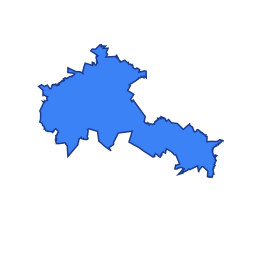 the district of Santiago Papasquiaro, Durango, Mexico, rotated 214°
{"feature_id": "50627088B53299694063482", "entity_name": "Santiago Papasquiaro", "entity_type": "district", "adm_level": 2, "iso_a3": "MEX", "parent_name": "Mexico", "parent_adm1": "Durango", "projection": "orthographic", "projection_center": [-106.236, 25.023], "detail": "fine", "context": "isolated", "style": "filled", "palette": "blue", "viewbox_px": 256, "rotation_deg": 214, "n_neighbors": 0, "source": "geoboundaries", "source_scale": "gbopen_adm2", "svg_char_len": 5890}
<svg xmlns="http://www.w3.org/2000/svg" viewBox="0 0 256 256"><g transform="rotate(214 128 128)"><path d="M79.2,165.8L81.3,157.8L89.7,159.3L94.8,156.6L99.2,157.7L99.8,155.1L100.8,155.2L101.5,155.7L101.7,156.2L102.0,156.3L102.1,156.1L102.5,156.0L102.8,156.6L103.2,156.5L103.4,156.2L104.0,156.5L104.4,155.8L105.4,156.2L105.6,155.9L105.8,155.9L105.5,155.7L105.6,155.3L105.4,154.7L105.8,154.4L106.4,154.4L107.0,154.9L107.0,154.5L106.6,154.0L107.5,153.9L107.8,153.6L107.6,152.4L108.6,152.5L107.9,151.2L108.1,150.5L108.6,150.3L108.5,149.6L108.8,149.3L108.6,149.0L109.1,148.1L108.6,147.6L108.7,147.0L108.4,145.8L109.1,145.7L109.6,144.7L110.7,144.5L111.2,144.0L111.9,143.8L112.6,142.8L112.5,142.6L112.9,142.8L112.9,143.2L113.8,142.9L113.9,143.2L114.4,142.4L115.1,142.9L115.1,142.4L115.3,142.1L116.4,141.7L117.5,142.2L118.1,142.2L120.1,147.1L139.4,154.1L139.4,152.1L141.9,153.2L142.0,159.1L149.4,158.9L149.7,164.4L151.1,164.5L147.7,172.1L147.7,172.8L147.2,173.5L147.2,174.1L146.9,174.3L147.0,175.5L146.1,176.0L145.9,177.0L144.9,177.7L145.7,177.6L145.7,178.1L145.2,178.3L142.8,178.5L143.5,179.8L142.0,180.1L141.0,179.9L144.8,185.2L146.4,184.5L150.2,180.4L151.1,183.0L154.3,182.6L154.7,181.2L156.1,180.7L158.1,181.3L158.1,181.6L159.1,182.5L160.0,182.9L160.3,182.0L161.5,182.4L162.7,181.3L164.4,182.5L164.8,181.8L168.5,182.4L171.2,178.3L171.8,178.5L172.1,179.2L173.5,179.4L178.7,182.3L176.5,180.0L178.4,180.3L186.0,174.5L186.1,177.6L188.3,178.4L189.1,183.0L193.0,180.2L192.6,183.1L193.4,182.3L193.8,182.5L194.0,181.5L195.0,181.3L195.0,180.7L195.6,180.3L195.8,180.4L195.5,181.7L196.3,181.5L196.8,182.1L197.2,181.8L196.8,181.5L197.7,181.2L199.0,175.0L201.8,173.5L202.0,171.1L194.6,171.2L194.5,170.3L193.3,170.9L193.4,170.2L194.0,169.5L193.9,168.6L193.5,168.1L192.7,167.6L192.4,167.2L191.9,167.1L191.6,165.9L190.9,165.9L190.4,165.7L190.5,165.3L190.4,164.6L190.0,164.6L190.3,164.3L189.9,163.6L190.0,163.1L189.7,162.4L190.5,162.2L192.0,162.4L192.7,163.0L194.2,162.6L194.7,162.9L194.0,161.8L193.5,161.6L193.4,161.3L192.7,161.1L192.3,160.1L199.7,157.8L198.7,154.1L196.6,148.4L196.1,148.1L198.2,147.9L199.4,147.6L203.0,145.5L211.5,144.3L208.9,140.4L202.7,143.4L202.4,142.7L202.4,141.6L203.1,140.7L203.1,140.2L203.4,139.9L203.1,139.8L203.2,139.2L205.0,138.2L206.0,135.4L206.2,135.7L207.2,134.2L207.5,134.4L208.0,134.1L208.2,134.3L209.0,132.8L207.3,131.8L207.9,130.8L208.7,131.3L209.1,130.6L208.8,130.4L209.2,129.8L208.9,129.6L209.4,128.8L209.2,128.6L210.3,126.7L209.9,126.4L210.1,126.2L209.4,125.7L210.2,125.3L209.9,125.2L210.2,124.7L209.8,124.5L210.5,123.4L211.5,124.0L211.9,123.3L212.7,123.8L213.9,121.8L214.5,122.1L214.9,121.4L213.9,117.5L214.6,116.8L218.8,118.5L220.6,115.6L223.9,115.5L225.3,112.5L219.5,111.7L216.6,107.3L215.5,108.6L213.6,108.4L212.2,108.9L212.1,107.5L211.6,106.7L210.4,106.1L211.9,103.5L212.3,103.6L211.7,102.8L211.7,102.6L213.2,102.3L212.0,101.9L210.6,92.8L208.8,91.6L205.3,86.2L204.5,83.6L203.2,83.8L201.6,83.6L200.7,83.0L200.1,82.3L199.7,82.5L198.3,82.2L197.7,81.5L197.1,81.3L197.0,81.1L197.1,80.7L196.8,80.2L196.0,80.8L194.4,79.8L193.1,80.3L192.4,80.4L190.8,81.5L190.4,81.6L189.2,82.3L188.0,82.1L187.6,83.5L188.2,83.7L188.3,84.1L188.2,84.4L187.9,84.5L188.1,85.2L187.5,86.9L186.7,86.9L186.5,86.6L185.3,86.6L184.3,86.2L183.5,85.4L183.6,85.2L183.4,84.5L183.5,84.0L183.1,82.7L183.3,82.6L183.2,82.4L183.3,82.2L183.0,81.6L183.5,81.3L182.4,79.9L182.2,79.2L181.3,79.1L181.5,78.9L181.3,78.7L181.6,78.6L180.7,77.8L181.4,77.5L178.7,75.0L177.1,76.0L171.9,80.5L168.3,79.1L161.9,70.8L160.2,86.0L162.5,91.7L162.2,91.9L162.2,92.5L161.8,93.2L161.7,93.9L161.1,93.4L160.2,93.3L159.6,93.7L159.4,94.1L159.2,93.6L158.9,93.6L158.6,94.1L157.8,94.1L157.5,94.5L156.2,95.0L156.0,95.4L155.6,95.6L155.2,96.2L155.5,97.2L156.4,97.4L157.4,98.5L157.6,100.0L158.6,101.1L158.8,102.2L159.4,103.1L159.9,103.8L160.7,104.2L159.9,105.5L151.4,108.2L144.9,100.9L136.4,99.8L129.3,99.6L132.6,100.8L132.7,101.2L130.8,106.3L131.9,107.9L133.3,118.4L122.7,127.7L119.3,116.9L108.4,117.9L102.3,117.7L91.1,117.9L91.1,118.8L89.9,119.1L90.0,119.6L90.9,120.6L90.9,122.1L87.4,122.1L87.1,121.7L85.0,121.8L84.9,124.6L85.9,124.5L85.5,127.9L82.9,128.1L84.6,132.2L79.7,132.6L77.0,132.4L74.6,131.7L73.1,132.4L64.9,126.9L66.4,125.0L67.7,123.9L66.3,120.3L64.3,121.6L64.1,122.6L62.1,124.9L58.7,125.7L58.3,122.5L59.5,123.5L60.3,117.6L57.2,121.5L57.6,121.9L55.0,126.4L54.6,128.0L53.4,128.2L49.1,135.5L44.7,130.9L45.6,133.2L45.0,137.5L44.1,137.9L37.7,136.9L34.9,132.1L34.6,132.3L33.5,132.4L33.2,133.0L32.8,133.1L32.9,133.4L32.3,133.2L31.5,134.0L30.8,134.0L30.7,134.6L31.6,136.8L31.7,137.8L31.2,137.9L34.0,140.7L34.4,141.5L34.7,141.5L34.8,142.0L34.5,142.4L34.7,142.6L34.5,142.8L34.7,143.1L35.0,143.0L35.1,143.4L34.9,143.7L35.0,144.0L34.8,144.4L35.1,144.9L34.9,145.3L35.4,145.4L35.4,145.8L36.0,145.8L36.4,146.4L36.2,146.7L36.2,147.4L36.5,147.5L36.4,147.8L36.7,148.4L36.5,148.9L36.8,150.5L37.3,150.6L37.3,150.2L38.2,150.6L38.3,151.3L38.6,151.4L38.8,151.9L39.7,151.9L40.6,152.5L40.2,153.0L39.2,153.7L38.8,154.7L40.0,154.6L40.6,154.2L40.6,153.9L40.4,153.7L41.0,153.8L41.3,152.7L41.6,152.7L42.3,153.2L43.5,154.7L44.2,155.0L44.4,155.4L44.7,155.4L44.8,156.2L45.7,156.6L45.4,157.3L45.7,157.8L46.0,157.8L45.9,158.7L46.3,158.7L46.6,159.2L46.5,159.5L46.0,159.8L45.9,160.9L45.2,161.5L45.4,162.9L44.5,162.8L44.7,163.7L44.6,164.5L43.7,164.6L44.1,165.9L44.0,166.2L43.5,166.1L43.2,166.4L43.7,167.0L43.5,167.6L43.0,167.9L42.7,169.7L41.5,170.8L45.3,169.7L46.6,166.6L53.2,162.3L54.9,160.6L57.7,165.1L58.3,164.7L59.1,164.6L59.5,165.8L60.0,165.4L60.3,165.7L60.2,165.5L61.1,165.1L61.8,165.3L62.2,165.1L62.3,165.3L62.5,165.2L62.8,165.4L63.0,165.2L63.4,165.4L63.5,165.1L64.2,165.5L64.6,165.3L65.0,165.5L65.3,165.2L65.4,165.4L66.1,165.2L66.5,165.6L67.1,165.4L68.1,165.8L69.1,165.7L69.8,165.0L69.5,163.9L69.8,162.8L70.8,162.4L71.1,161.9L71.8,162.2L73.1,163.5L74.0,163.8L74.6,164.6L75.3,164.8L78.2,164.7L79.2,165.8Z" fill="#3b82f6" stroke="#1e3a8a" stroke-width="1.5"/></g></svg>